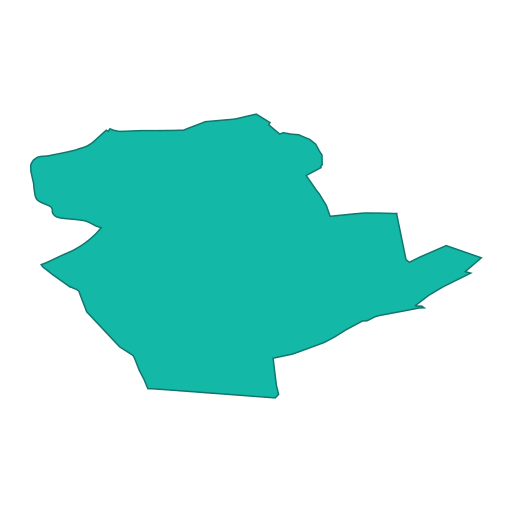 Viesīte, Viesites, Latvia (Equal Earth projection)
{"feature_id": "27541924B78000218360511", "entity_name": "Viesīte", "entity_type": "district", "adm_level": 2, "iso_a3": "LVA", "parent_name": "Latvia", "parent_adm1": "Viesites", "projection": "equal_earth", "projection_center": [25.556, 56.345], "detail": "fine", "context": "isolated", "style": "filled", "palette": "teal", "viewbox_px": 512, "rotation_deg": 0, "n_neighbors": 0, "source": "geoboundaries", "source_scale": "gbopen_adm2", "svg_char_len": 2281}
<svg xmlns="http://www.w3.org/2000/svg" viewBox="0 0 512 512"><path d="M440.0,288.6L444.2,286.2L453.7,281.5L470.7,273.1L465.2,271.6L469.5,268.0L472.4,265.5L481.3,257.8L474.3,255.4L446.2,245.6L438.4,249.0L419.8,257.1L409.3,262.3L406.0,259.6L396.7,214.2L396.8,213.5L394.3,213.5L380.0,213.1L366.7,213.0L363.2,213.1L354.8,213.8L330.1,216.3L326.3,205.4L322.3,198.9L319.3,193.9L316.4,190.3L314.2,187.0L307.9,178.0L306.2,175.5L321.0,167.6L320.7,166.5L322.2,164.7L322.1,161.5L322.0,155.0L321.3,154.0L319.6,151.4L315.6,144.1L309.7,139.4L305.7,137.8L298.5,134.7L291.5,134.2L283.3,132.7L279.8,134.1L268.8,124.9L270.0,122.6L256.2,114.1L234.6,119.1L205.2,121.7L202.8,122.7L188.6,128.1L183.2,130.3L179.3,130.2L176.1,130.4L157.1,130.6L141.2,130.6L126.3,131.2L121.4,131.4L118.6,131.3L113.7,130.3L109.9,128.8L108.3,131.3L106.3,130.2L104.3,131.9L99.8,136.0L95.2,140.2L93.3,141.9L90.8,143.8L88.3,145.3L87.3,145.9L85.3,146.8L81.7,148.0L78.5,148.9L76.5,149.8L67.6,151.9L62.5,153.0L48.3,155.8L45.7,156.1L41.2,156.4L38.1,157.0L37.0,157.5L35.5,158.6L33.6,159.9L31.8,162.6L31.0,164.2L30.7,165.7L30.7,167.5L30.9,169.3L30.8,170.9L33.7,184.0L33.8,185.3L34.0,188.3L34.5,192.0L35.1,195.5L35.9,197.9L37.0,199.6L38.8,201.1L41.1,202.4L44.3,203.8L48.5,205.5L50.8,206.8L51.5,207.7L52.2,209.3L52.4,211.3L52.5,212.7L53.5,214.4L54.7,215.7L56.4,216.8L58.5,217.5L60.7,218.0L62.9,218.3L65.4,218.6L75.8,219.5L83.3,220.5L85.1,220.9L86.7,221.4L89.9,222.8L95.7,225.9L101.2,227.8L99.2,230.0L96.4,233.2L93.9,235.6L91.4,237.9L88.3,240.5L84.4,243.5L80.5,246.1L76.6,248.4L73.8,250.0L71.2,251.3L64.6,254.1L57.3,257.5L51.0,260.5L45.8,262.9L41.2,264.6L42.9,267.0L53.1,275.0L70.2,287.1L70.6,286.8L72.1,287.6L74.0,288.5L75.9,289.1L76.5,289.4L78.4,290.7L78.8,291.1L79.2,292.1L81.3,297.8L84.5,306.0L86.7,311.8L119.7,346.9L133.1,355.5L134.7,358.6L139.3,370.4L144.0,379.4L145.2,382.3L146.5,385.4L147.9,388.7L152.9,388.8L158.5,389.2L232.7,394.7L255.0,396.4L275.2,397.9L278.6,394.4L276.5,385.8L275.4,377.4L273.1,358.2L292.5,354.1L307.1,348.8L317.1,345.1L324.4,342.4L335.4,336.5L345.6,330.0L362.4,321.0L366.9,320.8L369.3,319.7L373.5,317.5L375.3,316.7L379.5,315.5L385.9,314.3L405.7,310.6L419.0,308.0L424.1,307.8L421.7,306.1L417.7,306.1L415.5,305.7L415.6,305.4L428.9,295.2L440.0,288.6Z" fill="#14b8a6" stroke="#0f766e" stroke-width="1.5"/></svg>